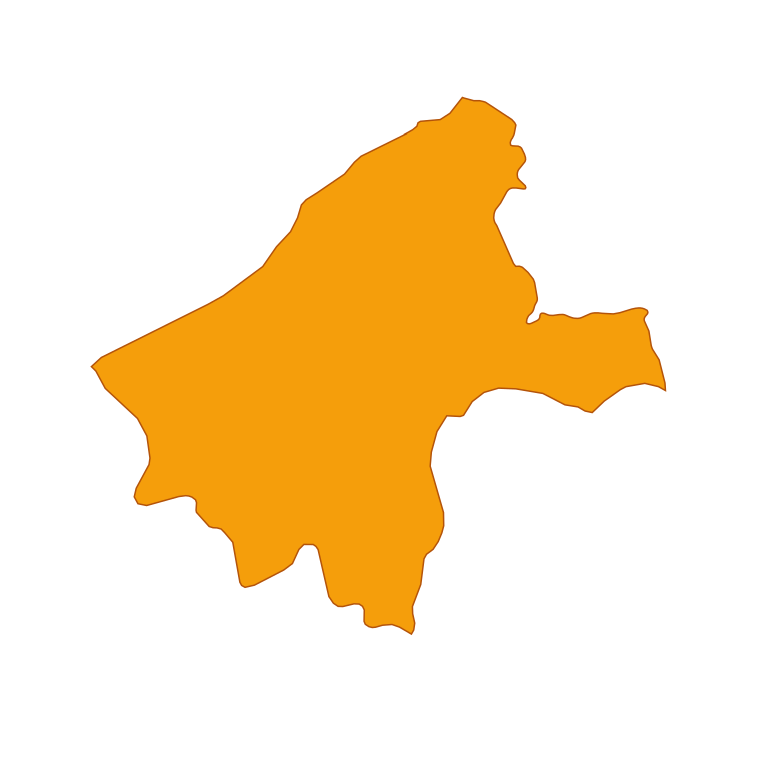 the border of Cosenza, rotated 71°
{"feature_id": "ITA-5391", "entity_name": "Cosenza", "entity_type": "Province", "adm_level": 1, "iso_a3": "ITA", "parent_name": "Italy", "parent_adm1": "", "projection": "orthographic", "projection_center": [16.346, 39.592], "detail": "fine", "context": "isolated", "style": "filled", "palette": "amber", "viewbox_px": 768, "rotation_deg": 71, "n_neighbors": 0, "source": "natural_earth", "source_scale": "10m", "svg_char_len": 2966}
<svg xmlns="http://www.w3.org/2000/svg" viewBox="0 0 768 768"><g transform="rotate(71 384 384)"><path d="M481.8,120.0L475.8,125.4L468.3,137.2L465.3,156.1L466.3,162.4L471.8,181.2L478.8,196.4L475.0,202.7L468.8,208.1L462.6,219.7L444.6,236.9L431.5,260.9L425.2,277.0L424.5,292.2L429.3,306.3L439.5,319.0L439.5,322.5L434.5,335.0L446.2,349.4L463.8,361.4L476.7,367.1L524.9,369.6L537.5,373.7L543.6,377.8L550.6,384.0L556.3,391.4L558.8,399.2L562.3,403.1L585.5,414.5L603.7,429.6L610.6,431.7L620.1,432.8L626.3,436.0L629.4,439.5L618.9,448.5L614.0,454.7L611.6,463.9L611.2,471.2L610.4,474.4L608.5,477.3L605.1,479.9L601.9,480.1L591.2,476.2L587.2,476.7L584.0,479.1L582.1,483.9L581.0,495.4L579.3,499.8L574.8,503.2L567.1,505.3L519.1,500.2L515.4,501.2L512.7,503.2L509.6,512.0L512.7,518.3L523.9,529.0L527.2,539.2L532.0,572.0L531.0,581.6L528.1,584.2L524.5,584.8L484.4,578.5L472.8,583.0L468.1,585.2L465.7,588.7L464.2,592.5L461.8,595.7L444.3,603.1L442.2,602.8L435.2,599.9L432.1,599.9L428.3,602.5L426.3,605.1L425.0,607.9L423.6,614.7L421.6,648.0L417.1,655.6L409.4,656.9L401.9,652.2L383.7,632.4L377.9,629.4L355.9,625.1L336.3,628.3L297.4,649.0L278.0,652.2L272.3,655.0L266.9,642.6L251.4,524.7L248.3,507.3L233.5,460.4L219.2,440.9L209.6,422.8L198.7,411.6L187.8,403.8L184.4,397.5L181.5,385.1L177.9,372.0L172.7,353.0L164.7,339.8L161.2,331.5L154.7,280.8L154.7,284.0L152.9,274.1L151.0,269.0L148.1,266.8L147.5,264.0L152.3,244.8L149.5,233.5L138.6,216.6L139.7,215.2L145.4,206.8L147.3,201.3L149.2,198.2L150.6,196.3L175.5,177.1L179.4,175.4L182.1,175.0L189.4,179.2L191.0,180.3L193.3,182.6L194.2,183.9L195.5,185.1L197.0,186.1L199.4,186.5L200.6,185.1L202.8,179.7L204.2,178.1L205.8,177.2L212.3,176.4L215.8,176.5L218.0,177.1L219.3,178.0L220.0,178.8L224.9,186.6L225.9,187.8L227.5,189.0L229.5,189.9L232.7,190.5L235.4,189.6L242.6,185.9L244.6,186.0L245.4,187.0L245.0,188.6L241.8,195.0L240.5,198.6L240.3,200.6L240.6,202.4L241.3,203.9L242.2,205.3L250.9,214.9L255.4,221.7L256.9,223.1L258.9,224.5L262.7,226.2L265.3,226.6L267.5,226.6L270.9,225.8L312.1,222.4L315.6,221.2L316.7,217.7L317.7,216.3L318.8,215.1L325.4,211.5L333.5,208.7L337.2,208.6L352.7,211.1L354.4,211.7L355.8,212.7L358.0,215.1L359.2,216.2L362.0,218.1L363.3,219.2L364.3,220.4L365.1,221.8L366.4,224.9L367.7,226.4L369.4,227.9L372.3,229.3L373.6,228.6L374.5,227.0L374.6,225.0L374.0,219.3L373.6,217.5L372.9,216.1L371.7,215.0L370.1,214.3L368.9,213.4L368.4,212.1L368.8,210.6L369.6,209.2L371.8,206.7L372.8,205.4L373.5,203.7L374.2,201.9L375.4,195.8L376.5,192.2L377.4,190.7L378.5,189.4L380.7,187.0L382.7,184.4L383.6,183.0L385.0,179.6L385.1,179.3L385.5,177.2L385.5,175.3L384.7,165.7L384.9,163.7L385.3,161.8L386.5,158.3L388.2,154.7L389.4,151.8L392.4,144.3L393.4,137.7L393.8,125.4L394.3,121.5L395.0,118.5L395.6,116.8L396.6,114.9L397.9,113.2L400.1,111.2L402.0,111.1L403.3,111.9L405.0,114.7L406.0,116.0L407.3,116.9L409.0,117.3L420.2,116.3L434.5,118.8L436.5,118.9L438.6,118.8L450.7,116.0L474.5,118.0L481.8,120.0Z" fill="#f59e0b" stroke="#b45309" stroke-width="1.5"/></g></svg>